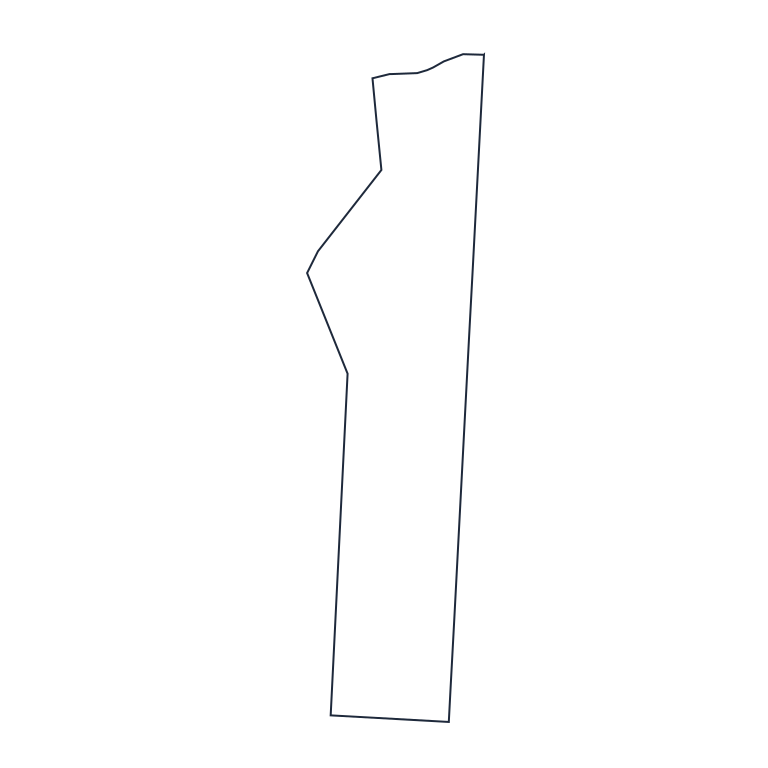 the Region of Ohangwena, rotated 93°
{"feature_id": "NAM-3352", "entity_name": "Ohangwena", "entity_type": "Region", "adm_level": 1, "iso_a3": "NAM", "parent_name": "Namibia", "parent_adm1": "", "projection": "robinson", "projection_center": [16.315, -17.652], "detail": "fine", "context": "isolated", "style": "outline", "palette": "slate", "viewbox_px": 768, "rotation_deg": 93, "n_neighbors": 0, "source": "natural_earth", "source_scale": "10m", "svg_char_len": 501}
<svg xmlns="http://www.w3.org/2000/svg" viewBox="0 0 768 768"><g transform="rotate(93 384 384)"><path d="M49.9,301.4L53.0,301.4L123.2,301.4L193.4,301.4L263.6,301.4L333.8,301.5L404.0,301.5L474.2,301.5L520.6,301.5L544.4,301.5L614.6,301.5L684.8,301.6L718.1,301.6L717.7,419.9L375.6,420.9L277.2,466.6L254.9,456.9L170.4,397.8L120.6,405.4L79.3,411.5L74.2,394.6L74.1,392.7L71.8,367.1L68.3,357.3L65.4,351.6L58.7,341.1L50.5,322.3L50.0,301.5L49.9,301.4Z" fill="none" stroke="#1e293b" stroke-width="2"/></g></svg>